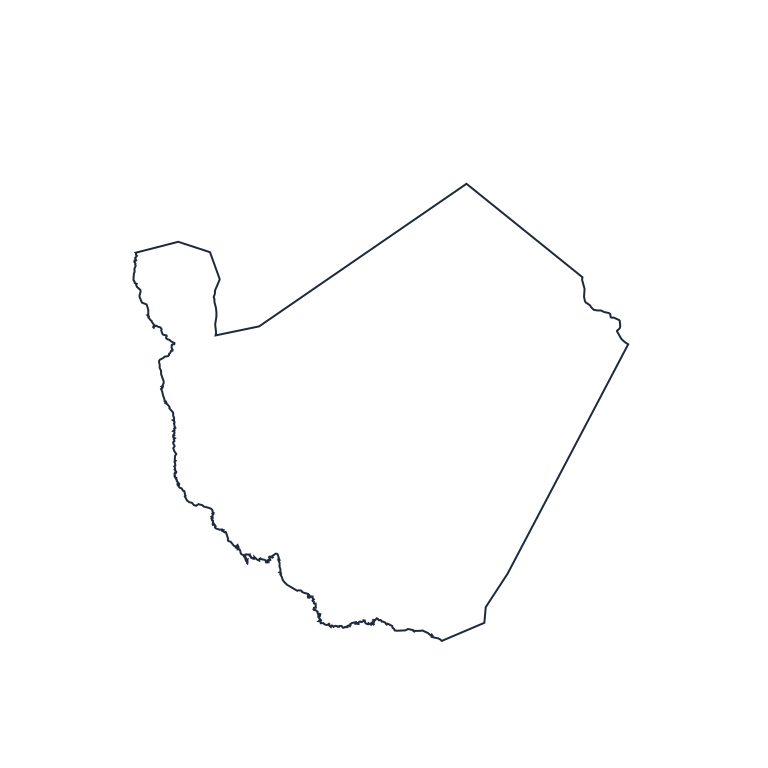 Moroni-Bambao, Andjazîdja, Comoros, rotated 324°
{"feature_id": "10938185B83767222062315", "entity_name": "Moroni-Bambao", "entity_type": "district", "adm_level": 2, "iso_a3": "COM", "parent_name": "Comoros", "parent_adm1": "Andjazîdja", "projection": "natural_earth1", "projection_center": [43.253, -11.742], "detail": "fine", "context": "isolated", "style": "outline", "palette": "slate", "viewbox_px": 768, "rotation_deg": 324, "n_neighbors": 0, "source": "geoboundaries", "source_scale": "gbopen_adm2", "svg_char_len": 6154}
<svg xmlns="http://www.w3.org/2000/svg" viewBox="0 0 768 768"><g transform="rotate(324 384 384)"><path d="M604.9,495.4L603.5,491.8L602.5,487.2L603.5,478.2L604.1,477.8L606.4,477.7L607.9,477.2L608.9,476.4L611.8,471.6L611.8,470.5L608.9,465.3L607.2,464.2L606.7,463.2L608.2,460.2L607.5,458.6L604.5,455.3L602.7,452.0L599.6,449.7L597.3,447.2L596.7,443.5L596.9,441.3L595.1,436.4L595.4,434.8L597.1,431.0L602.2,424.9L605.3,416.6L606.1,415.4L607.3,414.3L568.4,270.5L316.9,264.0L276.3,245.7L278.2,244.0L282.4,236.6L287.9,231.1L290.4,227.8L292.9,223.4L295.0,218.0L296.8,215.5L297.1,214.0L297.8,213.2L300.2,211.6L302.3,209.0L312.2,203.1L312.8,202.3L320.7,175.1L301.1,148.0L260.2,131.8L260.2,132.8L259.7,133.1L259.1,134.4L259.4,135.1L256.7,135.8L256.2,138.3L255.4,138.3L255.2,137.5L254.7,137.5L253.8,138.3L253.7,140.5L252.8,141.3L252.7,142.3L249.6,144.3L248.2,146.7L246.6,147.6L242.4,152.6L242.4,154.6L241.8,155.4L241.8,156.0L242.8,157.6L241.8,158.0L241.2,160.2L242.2,164.6L241.4,166.2L237.9,169.0L237.3,170.4L236.0,175.8L238.6,180.0L238.5,180.9L236.8,185.6L234.2,189.1L233.0,189.1L233.1,190.0L233.6,190.2L233.5,191.3L232.5,191.6L232.7,195.5L233.1,196.2L232.7,197.1L232.7,201.0L230.7,202.3L230.8,203.1L231.6,202.6L233.8,202.7L234.9,204.9L236.4,206.9L236.3,208.9L235.2,209.8L234.2,213.3L234.4,214.5L236.6,216.8L236.2,217.7L235.0,218.2L234.7,219.4L235.2,220.7L236.3,222.0L236.7,224.1L238.5,227.8L238.0,228.4L237.5,228.5L237.2,227.9L235.2,227.7L233.4,229.9L233.1,232.1L232.4,232.7L231.7,232.0L230.8,232.2L229.4,233.2L228.0,233.2L227.2,234.2L225.6,234.5L222.8,233.0L220.4,233.2L217.2,232.6L215.7,233.0L215.0,233.9L213.7,236.8L212.0,239.1L211.4,242.2L209.4,245.2L207.4,252.2L206.0,254.0L204.3,254.8L203.8,256.0L202.4,255.4L202.4,256.9L201.9,257.2L200.7,257.0L200.1,259.9L198.8,262.7L197.2,267.7L196.5,268.7L197.1,269.6L195.8,270.7L195.9,271.1L196.9,271.2L196.6,272.1L196.9,274.1L196.9,276.8L196.1,277.6L196.6,283.2L194.6,286.1L194.5,287.6L193.1,289.6L191.9,289.2L192.3,290.9L192.2,291.6L191.5,292.4L190.9,292.4L189.5,295.8L189.4,296.9L188.1,296.7L187.4,298.3L185.7,298.2L186.3,299.4L186.1,299.9L185.3,300.9L184.5,301.1L184.2,302.2L183.2,301.7L182.3,303.0L183.0,305.0L181.5,305.0L180.8,307.1L179.1,307.2L178.5,308.4L178.2,311.0L177.8,311.4L175.8,312.0L174.9,314.9L174.8,318.6L173.1,319.1L172.0,320.1L169.7,323.0L170.2,323.7L168.6,324.1L168.3,325.5L167.2,327.4L166.0,327.3L165.4,329.6L165.1,330.1L164.2,330.2L164.3,333.1L163.5,333.5L163.4,332.7L162.1,333.1L161.9,333.8L161.0,334.4L161.0,335.6L160.2,335.8L160.1,337.4L160.8,337.9L159.8,339.0L160.0,340.0L159.4,340.5L159.5,342.6L158.7,342.9L158.7,343.6L159.5,344.0L159.5,344.7L158.7,345.3L157.7,344.7L157.7,347.8L158.9,349.4L158.7,352.2L159.4,353.0L159.4,353.7L158.2,356.0L157.8,357.8L156.8,357.8L156.2,362.5L156.9,365.1L158.8,367.2L159.0,370.1L160.4,372.1L163.2,372.1L165.9,375.4L166.0,377.0L169.7,381.5L170.6,382.9L171.1,384.9L170.3,386.5L170.4,388.1L169.1,387.9L169.1,389.1L168.6,389.1L167.7,390.0L166.4,390.0L166.9,391.3L166.3,392.1L165.3,391.6L164.8,392.9L164.8,393.7L165.2,394.2L164.2,395.5L164.2,396.8L163.0,396.7L162.8,397.4L164.2,397.8L164.2,400.1L163.4,400.2L162.9,400.7L163.0,401.8L165.3,405.2L167.2,406.3L166.7,407.6L167.0,408.2L168.0,407.4L168.4,408.0L167.4,409.0L167.9,410.4L168.8,410.6L169.0,411.1L166.9,417.4L165.8,418.8L165.8,419.5L167.2,421.5L167.5,426.9L168.5,428.3L170.9,428.2L170.6,429.0L168.1,429.5L168.3,429.9L170.4,429.9L170.5,430.5L169.4,431.6L168.6,431.9L169.8,432.9L169.8,434.0L168.6,436.8L168.6,438.0L169.7,439.7L169.7,440.5L169.4,440.9L169.4,442.9L168.4,446.0L168.8,447.1L168.7,447.6L167.9,448.3L168.0,448.8L169.4,447.4L169.4,446.5L170.3,445.8L169.4,445.6L169.4,444.9L170.1,443.9L169.9,443.0L170.4,441.9L171.6,440.5L172.3,440.7L173.7,442.1L175.2,443.0L174.3,443.9L174.4,444.3L174.9,444.5L174.9,445.3L174.3,446.2L175.2,447.9L175.9,447.7L176.1,448.0L176.1,449.1L177.0,449.3L177.5,448.1L178.1,451.4L179.3,453.6L180.4,452.3L181.5,452.4L181.5,453.2L184.2,456.3L184.5,457.8L183.7,458.8L184.3,459.5L185.3,460.1L185.3,458.9L186.0,458.3L186.6,459.4L187.5,458.4L188.1,458.6L188.0,459.4L188.6,459.5L189.3,456.5L189.9,456.3L191.2,457.5L191.5,458.8L192.1,458.8L192.3,457.5L196.7,457.6L197.6,458.4L197.8,459.2L196.8,462.6L195.1,464.0L195.1,464.3L196.2,464.3L196.0,465.2L194.8,465.4L194.4,467.3L192.1,470.4L191.3,473.0L189.8,475.2L188.8,475.0L189.4,476.3L189.2,477.1L188.2,477.2L187.9,480.0L186.9,483.0L186.9,485.7L187.6,489.6L192.0,499.7L192.3,500.3L193.1,500.4L195.3,502.1L195.7,503.1L195.5,504.1L196.7,506.1L199.2,509.2L199.4,510.5L198.5,510.4L198.3,511.5L197.5,511.2L197.1,512.2L198.1,513.0L198.9,512.0L199.5,512.5L199.7,513.2L200.4,513.2L201.3,514.0L200.2,515.6L200.6,517.0L198.9,517.2L198.8,517.8L199.3,518.8L198.4,520.2L198.8,521.1L199.6,521.5L197.3,524.9L195.8,523.9L194.4,525.0L194.5,525.6L195.6,526.5L196.5,529.2L195.6,530.2L195.7,531.6L196.8,532.0L197.2,532.8L195.6,534.1L194.6,532.9L193.9,533.9L194.2,538.2L193.5,538.5L193.3,538.1L193.3,536.5L192.7,537.6L191.8,537.6L192.8,538.6L192.8,539.8L192.3,540.4L194.4,541.8L194.6,543.4L195.9,545.2L197.2,545.8L198.4,545.6L198.6,546.1L197.7,547.0L198.2,549.4L199.6,548.6L200.4,549.4L200.4,550.8L202.6,551.1L203.6,552.1L203.7,553.1L205.1,554.0L205.7,553.5L207.5,555.0L207.5,557.0L208.1,557.5L209.7,557.6L210.5,558.6L211.7,559.2L212.3,558.2L214.2,559.0L214.2,559.8L215.2,559.4L215.5,558.5L217.5,558.5L220.6,559.8L219.8,561.0L220.5,561.5L221.3,560.2L221.6,560.4L221.9,562.9L222.4,563.2L223.1,562.1L224.4,561.8L225.6,562.6L225.6,563.2L227.1,563.7L228.2,563.7L228.6,563.2L229.4,564.0L228.6,565.7L228.5,566.8L229.3,568.3L229.8,568.9L230.8,568.4L231.0,569.6L231.8,569.8L232.1,571.2L233.1,571.1L233.7,569.3L234.2,572.4L234.6,572.4L235.4,569.7L236.2,570.3L236.8,568.7L238.0,569.9L240.3,569.3L241.0,570.4L240.9,572.0L242.6,573.0L242.5,574.9L243.3,575.3L244.7,577.6L244.6,578.8L244.8,578.9L244.9,580.2L246.0,580.0L248.4,584.6L247.6,586.4L248.2,587.9L247.8,589.7L249.7,591.4L256.5,595.9L259.4,596.3L262.8,600.1L262.6,601.2L263.0,602.1L263.8,601.8L268.3,605.1L270.1,605.9L273.2,611.3L274.1,615.3L275.3,614.8L275.4,616.2L274.1,616.9L278.4,621.7L279.4,623.8L279.7,625.8L324.8,636.2L335.2,624.3L372.5,610.1L604.9,495.4Z" fill="none" stroke="#1e293b" stroke-width="2"/></g></svg>